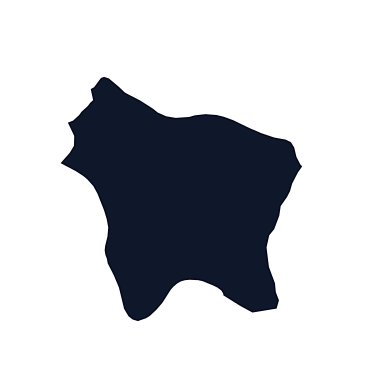 outline of Jangphung, Hwanghae-bukto, North Korea, rotated 249°
{"feature_id": "82179303B70820658627831", "entity_name": "Jangphung", "entity_type": "district", "adm_level": 2, "iso_a3": "PRK", "parent_name": "North Korea", "parent_adm1": "Hwanghae-bukto", "projection": "mercator", "projection_center": [126.771, 38.094], "detail": "fine", "context": "isolated", "style": "filled", "palette": "ink", "viewbox_px": 384, "rotation_deg": 249, "n_neighbors": 0, "source": "geoboundaries", "source_scale": "gbopen_adm2", "svg_char_len": 1402}
<svg xmlns="http://www.w3.org/2000/svg" viewBox="0 0 384 384"><g transform="rotate(249 192 192)"><path d="M265.8,80.9L253.7,91.5L246.0,97.1L241.8,99.4L233.2,102.7L224.4,103.9L206.4,104.1L197.1,103.4L188.6,101.8L180.4,97.8L172.3,92.2L168.6,90.3L164.4,89.4L160.2,89.4L155.6,88.5L142.4,89.9L129.0,90.3L107.2,87.5L99.1,88.9L94.7,91.5L93.8,92.7L91.6,95.5L91.4,103.9L92.2,108.1L95.5,116.2L99.9,124.4L109.1,136.8L111.2,141.0L112.7,145.4L113.3,149.6L112.9,154.0L111.6,158.7L108.1,166.6L105.4,170.6L97.8,178.7L94.0,182.2L89.8,184.8L85.9,185.5L84.4,185.1L69.5,196.3L58.5,205.6L53.7,228.9L60.0,233.6L68.6,233.6L77.2,236.0L94.5,236.2L98.2,237.1L113.8,241.0L124.4,248.0L128.5,255.0L139.1,264.4L147.6,269.2L153.9,278.5L158.1,283.2L164.4,287.9L168.6,292.6L172.8,297.3L176.7,303.1L178.6,302.3L187.3,301.3L197.0,302.6L202.7,301.5L206.7,297.8L212.8,287.8L221.6,277.2L230.3,268.3L232.9,265.8L243.9,255.5L250.3,248.1L254.5,242.0L254.6,241.9L254.8,241.3L259.1,232.3L261.8,222.0L262.3,216.4L262.8,214.5L265.3,206.4L266.3,203.1L270.0,196.8L271.4,194.5L278.1,187.8L283.2,184.9L295.4,175.9L305.7,166.7L308.3,164.5L309.4,163.9L315.7,160.9L325.3,155.6L327.4,154.4L330.2,150.9L330.3,149.1L330.3,148.2L329.2,146.3L324.2,138.5L323.7,135.0L312.6,133.3L311.1,129.3L308.9,125.8L305.8,117.9L303.6,114.6L300.5,106.7L300.5,101.8L286.4,102.9L277.0,99.0L271.8,92.4L265.8,80.9Z" fill="#0f172a" stroke="#020617" stroke-width="1.5"/></g></svg>